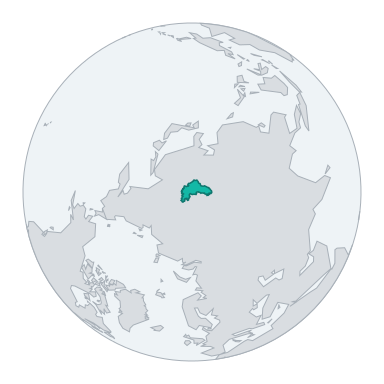 the Earth from above Chita, rotated 215°
{"feature_id": "RUS-2610", "entity_name": "Chita", "entity_type": "Region", "adm_level": 1, "iso_a3": "RUS", "parent_name": "Russia", "parent_adm1": "", "projection": "orthographic", "projection_center": [116.487, 53.771], "detail": "fine", "context": "on_globe", "style": "filled", "palette": "teal", "viewbox_px": 384, "rotation_deg": 215, "n_neighbors": 0, "source": "natural_earth", "source_scale": "10m", "svg_char_len": 16149}
<svg xmlns="http://www.w3.org/2000/svg" viewBox="0 0 384 384"><g transform="rotate(215 192 192)"><circle cx="192" cy="192" r="169" fill="#eef3f6" stroke="#a8b0b8"/><path d="M337.3,278.0L337.1,278.5L337.3,278.0ZM300.9,62.8L304.0,66.9L304.1,65.6L307.8,68.9L309.1,70.5L306.7,68.4L306.3,70.0L308.8,74.4L304.6,76.8L290.7,73.8L290.7,71.2L287.3,71.0L287.2,74.4L287.9,76.7L276.1,83.3L273.7,97.4L278.6,104.1L273.1,101.1L286.1,115.8L288.4,126.3L282.4,113.1L279.1,110.8L278.9,117.1L275.5,116.2L273.4,118.8L269.3,117.3L266.1,110.0L263.4,109.0L263.4,113.6L259.4,115.2L259.7,108.5L252.7,110.7L245.9,99.7L250.2,84.5L243.0,78.4L238.2,63.0L235.2,63.7L231.5,58.8L226.6,57.8L227.2,55.6L222.8,56.9L223.3,59.2L221.6,60.6L218.7,60.4L218.9,57.3L220.3,56.9L218.9,55.9L220.2,54.6L218.0,55.1L218.5,51.6L213.8,54.8L210.7,51.7L212.2,49.6L217.5,50.2L234.0,47.8L237.1,46.3L236.2,43.3L223.1,36.3L224.2,34.7L221.9,32.3L218.7,32.7L219.5,34.9L213.0,35.5L214.7,38.4L212.3,39.2L211.8,42.3L206.0,41.4L200.7,39.0L200.8,36.5L198.4,35.5L193.6,37.8L189.2,33.4L178.4,31.2L177.9,30.3L185.4,28.2L197.4,28.2L207.3,26.7L195.0,27.4L194.0,25.6L191.3,25.4L187.9,25.5L186.0,26.1L184.4,25.7L196.0,24.5L197.6,24.9L193.9,25.2L199.5,25.3L207.3,25.0L206.2,24.4L219.1,25.6L218.5,25.3L221.0,25.6L221.1,25.9L221.1,25.6L233.5,28.2L245.7,31.8L257.6,36.3L269.2,41.7L280.2,47.9L290.8,55.0L300.9,62.8ZM351.7,164.5L350.4,162.6L351.2,161.6L351.7,164.5ZM349.5,163.1L350.0,163.4L349.6,163.4L349.5,163.1ZM349.2,164.1L349.4,163.4L349.3,164.5L349.2,164.1ZM348.9,165.9L349.0,164.9L349.0,165.1L348.9,165.9ZM347.9,167.9L347.6,168.3L347.6,167.1L347.9,167.9ZM288.7,78.0L287.5,74.6L288.9,72.0L290.3,74.9L288.7,78.0ZM285.5,83.5L284.0,81.5L287.8,81.4L287.5,82.5L285.5,83.5ZM282.9,109.3L282.5,105.9L284.0,109.6L282.9,109.3ZM273.9,119.5L275.0,120.8L273.5,121.6L273.9,119.5ZM215.0,42.6L213.4,42.4L214.3,41.9L215.0,42.6ZM216.2,44.2L218.4,43.7L219.3,44.4L218.0,44.7L216.2,44.2ZM265.8,120.1L262.9,121.2L265.3,118.8L265.8,120.1ZM213.4,44.6L220.7,45.7L222.3,47.0L218.4,49.2L213.4,44.6ZM260.9,121.1L253.9,124.2L256.0,127.2L246.3,120.6L255.4,120.0L258.0,116.4L258.4,119.6L260.9,121.1ZM224.7,60.0L224.0,57.5L227.2,59.9L224.7,60.0ZM227.1,61.2L239.2,66.9L238.7,70.6L234.8,67.8L236.3,73.1L230.1,72.1L227.9,69.0L229.4,66.7L225.9,68.1L227.1,61.2ZM242.1,116.6L239.9,116.4L241.5,115.3L242.1,116.6ZM221.1,61.3L223.6,62.0L223.4,65.3L218.3,64.5L220.0,63.7L221.1,61.3ZM239.7,75.1L238.6,77.5L233.3,77.3L232.2,78.2L229.9,72.4L239.7,75.1ZM218.6,62.8L215.8,64.0L213.3,62.3L218.7,60.9L218.6,62.8ZM225.4,66.5L225.1,68.1L223.6,66.9L225.4,66.5ZM203.0,57.3L206.0,57.9L206.1,59.6L203.0,57.3ZM214.9,64.6L215.7,65.2L216.1,66.0L213.8,66.4L214.9,64.6ZM226.3,72.8L224.3,72.2L227.0,75.1L223.1,75.2L222.3,71.4L221.0,73.1L219.8,73.2L220.5,70.0L226.3,72.8ZM212.6,69.3L210.2,64.7L204.6,63.2L204.4,61.6L213.4,64.4L212.6,69.3ZM217.1,70.0L214.3,69.2L215.4,67.5L218.1,67.0L217.1,70.0ZM220.8,76.8L226.9,77.5L226.9,78.4L220.8,76.8ZM210.7,69.2L211.4,70.3L210.2,69.2L210.7,69.2ZM217.4,74.8L219.6,74.9L219.5,75.8L217.4,74.8ZM210.8,72.5L210.0,71.0L211.8,70.5L210.8,72.5ZM213.6,73.8L213.0,75.1L212.9,71.3L214.6,73.7L213.6,73.8ZM217.0,75.6L217.6,76.2L216.1,75.5L217.0,75.6ZM204.4,75.2L203.9,70.5L207.8,69.5L207.8,74.1L204.4,75.2ZM76.7,68.5L76.3,74.4L70.8,81.1L63.5,99.8L61.7,103.1L57.1,105.0L47.3,126.5L50.6,128.0L47.1,145.7L48.3,155.4L58.4,150.8L56.5,134.6L61.6,128.0L67.4,137.5L69.9,152.3L71.9,150.2L74.9,138.1L80.1,138.9L76.5,133.7L74.5,137.7L72.2,134.7L73.9,130.9L75.6,131.3L76.2,126.4L67.6,126.5L64.7,130.6L63.3,120.5L58.4,126.4L56.4,125.1L64.0,114.7L66.8,113.2L77.3,98.5L74.2,99.0L64.1,113.1L65.2,109.9L61.0,111.2L65.1,107.7L76.9,92.7L78.7,84.3L73.1,80.0L75.8,75.1L81.8,68.9L91.9,65.5L84.6,76.8L88.1,76.2L96.5,70.5L93.5,74.6L96.0,73.9L93.9,78.2L97.8,81.8L96.7,86.2L104.7,85.3L105.2,87.6L100.3,87.4L96.3,89.7L94.4,101.4L95.9,102.9L101.3,101.6L100.1,105.2L105.6,102.4L107.7,108.6L109.7,98.9L116.1,97.6L120.9,100.3L123.4,98.3L115.5,93.9L112.0,93.7L108.5,96.3L99.4,95.1L98.6,91.7L109.5,86.8L109.7,81.5L118.1,80.4L134.2,92.3L137.5,98.8L129.3,112.9L124.8,112.2L125.4,106.6L118.8,113.3L122.2,112.0L121.2,115.2L127.0,115.1L126.6,117.3L133.0,113.6L133.1,116.3L129.1,118.6L137.8,121.4L139.8,127.0L142.0,126.6L143.8,124.6L145.2,133.4L146.7,132.7L146.9,129.5L150.1,126.2L156.2,123.8L156.4,127.0L154.2,128.3L149.7,135.9L143.8,139.1L144.5,140.2L149.7,138.2L155.1,128.8L158.7,126.6L156.8,131.2L157.8,129.3L159.7,129.2L161.7,132.1L164.1,127.2L184.4,122.8L190.3,128.5L186.3,132.8L200.7,134.1L206.2,141.1L206.3,138.0L213.3,137.0L211.7,134.8L212.3,133.3L229.4,130.6L233.6,132.7L241.1,128.7L241.2,127.2L238.5,125.4L246.3,120.6L256.0,127.2L255.3,130.2L261.8,132.6L259.4,139.2L260.5,146.0L254.1,152.3L255.5,157.3L257.9,157.7L261.5,165.2L260.8,179.8L250.8,166.2L249.9,145.4L249.3,153.6L246.3,151.3L244.2,154.1L244.1,160.0L246.0,160.9L229.7,169.5L223.2,185.0L231.3,184.2L235.6,188.8L235.2,207.3L216.9,231.0L222.4,238.6L222.2,243.5L216.2,246.4L216.3,239.3L211.0,236.5L212.0,232.3L202.5,235.0L203.5,229.1L195.6,234.5L197.7,239.4L205.7,238.9L198.4,246.5L205.6,255.0L205.5,264.4L190.4,279.0L176.4,281.8L175.3,284.4L170.3,280.5L162.7,284.3L171.5,300.4L171.0,304.2L159.2,309.2L159.1,306.4L145.6,296.0L142.5,304.4L152.7,314.3L156.1,322.9L148.0,318.6L144.6,310.7L139.9,306.8L141.6,299.4L138.5,286.0L130.4,285.6L131.5,280.7L126.0,267.2L114.6,265.8L96.1,270.5L92.8,281.6L86.8,283.1L81.3,260.4L83.0,247.2L78.4,244.8L74.9,228.1L61.4,211.7L61.8,207.1L58.8,205.2L56.7,196.3L58.1,189.1L55.8,185.4L52.5,204.6L55.2,208.7L60.8,208.4L59.1,213.8L61.4,223.4L50.6,225.1L34.3,209.0L36.6,199.5L44.4,162.1L46.3,160.5L46.5,160.2L46.9,159.6L43.6,161.3L46.2,154.5L37.9,177.4L34.8,184.8L34.0,209.1L33.2,209.0L34.1,215.6L41.8,226.7L41.0,229.2L35.0,233.9L27.7,230.0L30.4,241.3L27.2,229.1L24.9,216.8L23.5,204.3L23.0,191.7L23.5,179.2L24.9,166.7L27.3,154.3L30.5,142.2L34.7,130.3L39.7,118.8L45.6,107.7L52.2,97.1L59.7,86.9L67.9,77.4L76.7,68.5ZM71.0,75.1L69.6,76.1L71.0,75.1ZM68.5,172.8L72.6,181.6L77.6,172.5L79.6,175.3L80.6,171.3L77.9,171.8L81.4,161.7L85.6,164.0L88.6,160.8L87.4,157.7L79.1,155.4L74.1,169.6L70.3,169.8L68.5,172.8ZM193.3,25.7L192.3,25.8L188.9,25.8L190.7,25.5L193.3,25.7ZM173.1,28.2L171.0,27.4L173.7,27.6L175.7,26.9L183.9,26.8L178.1,29.9L179.2,28.4L173.1,28.2ZM193.3,27.9L188.7,27.3L193.9,27.8L193.3,27.9ZM112.0,66.4L109.0,68.6L106.6,68.2L108.0,63.4L111.6,63.9L112.0,66.4ZM105.5,71.8L115.9,68.7L115.5,71.8L113.9,70.6L112.6,72.9L109.8,71.6L99.1,77.9L96.3,78.0L100.5,68.7L100.7,71.6L103.5,69.2L105.5,71.8ZM143.4,58.0L147.9,57.4L141.1,64.7L137.6,64.5L138.8,59.5L143.6,57.0L143.4,58.0ZM205.1,48.6L207.3,48.4L207.3,49.2L205.4,50.0L205.1,48.6ZM204.4,57.5L195.6,50.3L197.7,49.7L190.1,46.6L192.5,43.9L197.3,45.9L193.5,41.7L198.9,42.4L195.7,39.8L206.2,44.6L210.8,45.3L204.7,45.5L202.4,47.9L202.7,49.2L207.3,53.5L216.1,56.6L215.2,59.8L212.2,61.2L209.9,60.9L211.2,58.9L207.2,60.0L207.4,56.9L204.4,57.5ZM177.5,80.3L180.0,77.3L172.0,80.4L172.2,76.7L171.2,77.3L169.2,74.9L165.1,73.0L165.9,71.4L164.0,71.4L162.6,69.9L160.2,69.4L160.8,66.3L157.9,65.6L159.9,64.6L154.7,64.1L158.9,63.1L157.5,61.3L154.2,63.2L163.8,49.3L164.6,44.8L163.0,41.6L170.4,40.7L176.5,43.3L181.1,47.8L179.3,52.6L183.0,51.5L183.2,53.5L180.2,53.5L184.9,54.7L184.3,56.4L188.4,61.4L195.5,62.4L197.2,64.3L194.1,64.8L197.9,66.5L193.2,68.8L194.3,70.3L190.7,74.2L184.0,74.5L185.8,76.2L183.1,79.5L177.5,80.3ZM203.2,76.2L195.2,77.0L191.4,75.5L199.3,69.3L198.9,67.6L203.8,63.9L209.3,66.3L207.4,67.1L206.8,68.4L205.3,67.1L206.1,69.2L203.5,70.4L203.4,72.4L200.8,72.1L203.2,76.2ZM63.0,104.6L62.2,106.8L61.7,109.8L59.1,110.8L63.0,104.6ZM70.9,94.2L70.6,95.8L66.6,98.4L67.5,96.2L70.9,94.2ZM73.9,94.6L70.9,95.7L73.0,93.8L73.9,94.6ZM100.5,88.8L100.6,90.6L99.3,91.2L97.7,90.9L100.5,88.8ZM154.0,89.7L156.0,88.0L156.9,88.5L162.8,87.0L163.2,89.8L159.8,91.7L154.0,89.7ZM56.1,149.4L53.8,148.0L54.5,145.8L55.1,146.7L56.1,149.4ZM55.0,128.3L53.6,134.1L54.3,128.6L55.0,128.3ZM155.4,92.5L157.8,91.5L156.5,93.5L155.4,92.5ZM163.8,91.7L162.8,94.0L163.9,89.9L163.8,91.7ZM39.4,264.6L39.6,264.9L39.6,264.3L43.1,271.7L43.5,272.5L39.4,264.6ZM199.2,342.9L204.4,343.1L204.3,343.5L199.2,342.9ZM193.7,341.5L199.7,341.7L192.7,342.3L193.7,341.5ZM202.0,341.7L208.1,340.9L210.7,340.2L210.2,341.0L202.0,341.7ZM189.7,341.4L168.1,339.2L159.6,336.7L161.6,335.6L175.2,338.0L189.7,341.4ZM160.9,335.4L148.1,328.3L131.2,309.0L137.2,311.2L155.0,324.8L153.9,326.0L161.6,331.2L160.9,335.4ZM192.2,330.8L191.0,334.9L179.0,333.7L173.6,332.4L169.8,326.4L171.9,323.7L176.3,324.4L193.9,315.2L199.9,318.1L194.4,322.4L199.4,326.6L192.2,330.8ZM93.3,283.1L96.1,291.9L92.9,291.1L93.3,283.1ZM201.3,307.5L194.0,312.3L200.7,305.7L201.3,307.5ZM205.4,300.9L205.7,303.6L203.0,301.0L205.4,300.9ZM174.9,288.4L170.2,288.3L170.2,286.3L176.2,285.1L174.9,288.4ZM205.3,272.1L204.7,278.6L203.6,280.7L201.8,276.8L205.3,272.1ZM162.0,116.6L153.2,115.4L147.2,116.8L144.2,121.0L144.7,114.8L154.0,112.6L162.0,116.6ZM181.6,121.6L184.2,118.3L185.6,120.2L185.2,121.3L181.6,121.6ZM181.4,119.2L179.9,114.2L183.0,112.7L183.6,116.9L181.4,119.2ZM167.3,102.8L164.7,102.2L165.8,100.5L167.3,102.8ZM241.3,353.6L243.6,352.8L239.1,354.3L238.0,354.6L235.5,355.1L228.9,356.5L195.7,360.9L188.4,360.8L190.3,360.5L183.7,358.2L186.0,358.3L184.5,356.0L204.1,353.6L218.2,347.0L229.1,346.0L237.3,339.9L248.6,337.9L245.2,342.3L256.8,341.2L264.9,330.8L271.7,336.2L279.9,334.2L281.9,335.0L277.9,337.5L266.1,343.8L253.9,349.2L241.3,353.6ZM309.1,312.7L310.6,311.5L313.0,309.7L310.5,312.0L309.1,312.7ZM333.3,284.5L333.8,283.8L332.3,286.1L333.3,284.5ZM337.0,278.7L335.1,281.7L337.3,278.0L337.0,278.7ZM317.8,302.3L318.6,301.9L317.9,302.7L317.8,302.3ZM317.2,302.8L318.2,301.3L318.0,302.0L317.2,302.8ZM309.8,305.1L310.8,303.9L311.2,303.9L309.8,305.1ZM212.2,342.9L219.5,339.6L223.5,339.0L212.2,342.9ZM308.4,305.1L305.9,306.7L306.2,306.1L308.4,305.1ZM308.6,303.8L308.3,303.3L309.8,303.9L308.6,303.8ZM303.9,305.4L306.9,304.7L303.5,305.8L303.9,305.4ZM302.1,306.7L299.9,307.4L300.0,307.1L302.1,306.7ZM277.1,320.3L285.4,321.1L278.7,324.1L271.3,324.2L265.5,328.9L252.2,332.4L255.3,329.9L253.5,327.7L239.9,329.5L237.1,328.1L242.0,326.0L233.0,325.8L242.8,323.3L246.8,326.5L252.4,322.2L262.0,320.4L271.4,318.7L278.9,318.6L277.1,320.3ZM242.9,331.8L244.6,331.5L243.1,332.9L242.9,331.8ZM295.7,307.9L298.8,307.8L298.5,308.4L296.9,309.1L295.7,307.9ZM280.7,317.2L288.8,310.5L290.7,309.7L285.3,315.6L280.7,317.2ZM286.8,309.4L290.6,308.1L292.6,308.8L291.8,309.7L286.8,309.4ZM222.8,331.3L222.4,332.4L219.9,331.8L222.8,331.3ZM226.1,330.3L233.8,330.5L225.4,331.3L226.1,330.3ZM202.9,327.6L205.1,330.3L212.2,328.4L206.8,331.0L211.6,335.1L210.0,336.7L205.2,332.3L203.6,337.0L200.5,336.9L198.7,332.9L201.8,327.8L205.0,325.6L217.7,324.2L202.9,327.6ZM226.0,327.1L224.0,324.0L225.5,321.7L227.7,323.2L226.0,327.1ZM218.0,316.3L212.8,312.4L207.9,314.1L217.8,307.8L221.3,312.6L218.0,316.3ZM213.7,307.1L209.1,308.8L213.9,305.1L213.7,307.1ZM208.0,307.3L207.6,304.2L211.1,304.6L208.0,307.3ZM216.1,307.2L217.1,301.8L218.8,304.9L216.1,307.2ZM206.3,297.0L213.8,302.2L203.8,300.1L203.8,289.2L208.1,289.0L206.3,297.0ZM232.4,248.0L231.6,244.4L235.6,243.1L235.0,246.0L232.4,248.0ZM247.7,236.5L236.3,241.6L227.1,245.9L229.8,247.3L227.5,253.7L223.6,248.2L230.2,240.8L237.2,238.7L238.5,233.2L243.7,228.8L243.0,222.1L245.3,218.8L248.2,224.4L247.7,236.5ZM242.3,219.3L242.9,206.9L250.2,207.5L251.8,210.3L248.4,215.7L244.7,215.0L242.3,219.3ZM245.2,204.1L241.6,203.5L235.0,185.6L235.4,182.1L244.4,195.5L241.5,195.7L241.8,200.1L245.2,204.1ZM240.4,118.1L239.9,116.6L241.7,117.6L240.4,118.1ZM211.2,132.1L212.3,130.3L214.2,131.4L211.2,132.1ZM216.4,125.8L213.4,125.8L216.5,124.5L216.4,125.8ZM206.7,126.0L212.2,125.1L207.0,127.9L206.7,126.0Z" fill="#d9dde1" stroke="#a8b0b8" stroke-width="1"/><path d="M188.2,202.4L187.9,202.2L187.3,202.6L187.0,202.8L186.8,202.8L186.5,202.9L185.7,203.5L185.5,203.9L185.5,204.1L185.2,204.2L184.9,204.4L184.3,204.3L183.5,204.6L182.7,204.6L182.4,204.7L182.1,204.6L181.7,204.8L181.1,205.1L180.8,205.2L180.4,205.0L180.2,204.8L180.0,205.0L179.9,205.0L179.2,204.8L179.0,204.7L178.6,204.6L178.2,204.4L177.7,204.3L176.8,204.2L176.4,203.9L176.3,203.6L176.0,203.5L175.9,203.3L175.9,203.2L175.7,203.1L175.8,202.9L175.8,202.6L175.9,202.4L175.5,202.2L175.6,201.8L175.6,201.7L175.8,201.6L176.1,201.2L176.3,201.3L176.5,201.0L176.9,200.9L177.3,201.0L177.4,200.9L177.4,200.7L177.2,200.7L176.9,200.5L176.5,200.3L176.3,200.0L176.7,199.7L176.9,199.2L177.2,199.2L177.4,199.0L177.4,198.9L177.0,198.5L177.3,198.3L177.4,198.2L177.6,197.9L177.8,198.1L178.2,198.1L178.4,198.0L178.7,198.4L178.9,198.4L178.9,198.5L179.1,198.3L179.4,198.2L180.1,197.8L180.8,198.0L181.1,198.3L181.4,198.2L181.6,198.1L181.7,197.8L181.9,197.6L182.0,197.6L183.1,197.1L183.4,196.9L183.5,196.7L183.8,196.4L184.0,196.1L184.3,196.3L184.6,196.4L184.8,196.3L184.8,196.1L185.6,196.1L186.0,195.8L186.2,195.7L186.7,195.7L186.8,195.8L187.1,195.4L187.5,195.3L187.7,195.1L188.0,194.7L188.0,194.3L188.1,194.2L188.0,193.9L187.9,194.0L188.0,193.7L187.8,193.6L187.7,193.5L187.5,193.4L187.6,193.2L187.4,193.1L187.3,192.8L187.4,192.7L187.3,192.3L187.6,192.2L187.8,192.0L187.9,191.9L188.0,191.9L188.3,191.7L188.5,191.7L189.0,191.4L189.4,191.2L189.5,191.1L189.7,190.8L189.7,190.7L190.3,190.3L190.3,190.1L190.5,190.0L191.5,189.7L192.0,189.9L192.1,189.7L192.4,189.7L192.5,189.5L192.5,189.3L192.7,189.1L192.7,188.9L192.7,188.7L192.7,188.4L192.6,188.2L192.4,187.9L192.0,187.6L192.0,187.4L191.8,187.2L191.4,187.3L191.3,187.2L191.1,187.2L191.0,186.8L191.0,186.6L191.0,186.4L190.9,186.3L191.0,186.1L190.9,185.8L191.0,185.7L190.9,185.4L190.8,185.2L190.9,184.9L190.7,184.5L190.7,184.1L190.9,184.1L190.7,183.9L190.7,183.7L190.4,183.6L190.3,183.4L190.5,183.2L190.6,182.8L190.8,182.6L191.0,182.7L191.2,182.9L191.3,182.9L191.4,183.0L191.8,182.9L192.0,183.1L192.4,183.2L192.5,183.3L192.8,183.1L193.0,183.1L193.1,182.8L193.4,182.6L193.4,182.9L193.5,182.9L193.5,183.0L193.6,182.9L193.7,182.7L193.9,182.6L193.9,182.4L193.8,182.2L194.0,181.9L194.1,181.6L193.8,181.5L193.7,181.7L193.6,181.8L193.5,181.7L193.4,181.5L193.4,181.4L193.3,181.1L193.2,181.0L193.3,180.8L193.3,180.7L193.0,180.6L193.1,180.3L192.9,180.1L193.0,180.0L193.3,180.0L193.4,179.8L193.4,179.7L193.4,179.4L193.4,179.2L193.5,179.1L193.5,178.7L193.8,178.4L194.3,178.4L194.5,178.5L194.6,178.4L194.8,178.5L195.0,178.7L195.3,179.0L195.6,178.9L196.1,178.8L196.1,179.0L196.2,179.3L196.1,179.5L196.1,180.1L196.0,180.3L196.2,180.7L196.2,180.8L196.3,180.9L196.4,180.7L196.5,180.6L196.8,180.7L196.7,180.8L196.6,181.1L196.7,181.3L196.9,181.4L197.0,181.7L197.1,181.9L197.0,182.1L197.0,182.3L197.3,182.4L197.4,182.6L197.5,182.7L197.4,182.8L197.2,182.9L197.1,183.1L197.3,183.1L197.4,183.3L197.5,183.3L197.4,183.4L197.4,183.5L197.6,183.7L197.7,183.8L198.2,183.9L198.2,184.0L198.4,184.2L198.4,184.3L198.6,184.4L198.6,184.6L198.1,184.7L198.0,184.8L197.9,184.9L197.9,185.1L198.1,185.3L198.0,185.5L198.3,185.5L198.5,185.6L199.2,185.2L199.4,185.1L199.6,185.2L199.8,185.1L199.9,185.3L199.9,185.6L200.1,185.7L200.0,185.9L200.1,186.3L200.1,186.5L200.3,186.7L200.6,186.5L200.7,186.3L200.8,186.2L201.0,186.3L201.1,186.5L201.2,187.4L201.3,187.5L201.2,187.7L201.2,188.0L201.0,188.4L200.8,188.6L200.8,188.8L201.2,188.6L201.3,188.9L201.2,189.0L201.3,189.1L201.3,189.3L201.5,189.5L201.3,189.9L201.2,189.7L201.0,189.8L200.9,190.0L201.0,190.0L201.0,190.3L201.1,190.6L200.9,190.6L200.9,190.8L200.9,191.0L201.1,191.1L201.5,191.5L201.5,191.8L201.5,192.1L201.6,192.3L201.7,192.6L201.1,192.8L200.8,193.0L200.5,193.0L200.3,193.2L200.0,193.2L199.7,193.2L199.6,193.3L199.5,193.5L199.3,193.8L199.0,194.1L198.7,194.5L198.3,194.8L198.4,195.0L198.4,195.3L198.6,195.3L199.1,195.1L199.6,195.4L199.6,195.7L199.5,196.0L199.7,196.3L199.8,196.6L199.6,196.9L199.7,197.0L199.6,197.3L199.3,197.4L199.2,197.5L198.7,198.0L198.5,198.4L198.4,198.6L198.4,198.8L198.3,199.0L198.1,199.2L198.1,199.4L198.1,199.5L198.0,199.8L197.6,200.3L197.6,200.5L197.6,200.8L197.3,201.2L197.2,201.7L197.1,201.8L197.2,202.0L197.4,202.0L197.4,202.6L197.2,203.0L196.9,203.1L196.6,203.1L196.3,203.2L196.1,203.2L195.9,203.4L195.8,203.5L195.6,203.6L195.3,203.9L195.2,204.0L194.7,204.4L194.7,204.5L193.9,204.2L193.5,204.2L193.1,204.1L192.4,203.7L192.2,203.3L191.5,203.1L191.2,203.1L190.5,203.5L189.9,203.4L189.6,203.2L189.2,202.7L188.7,202.4L188.2,202.4Z" fill="#14b8a6" stroke="#0f766e" stroke-width="1.5"/></g></svg>